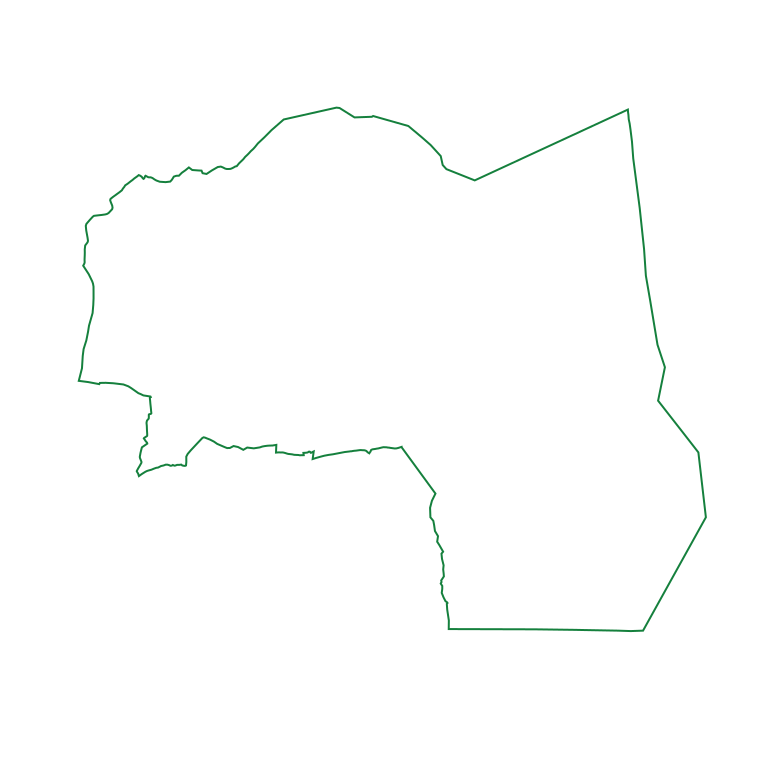 the district of San Jorge, Zacapa, Guatemala, rotated 262°
{"feature_id": "79465075B24520983200883", "entity_name": "San Jorge", "entity_type": "district", "adm_level": 2, "iso_a3": "GTM", "parent_name": "Guatemala", "parent_adm1": "Zacapa", "projection": "natural_earth1", "projection_center": [-89.603, 14.916], "detail": "fine", "context": "isolated", "style": "outline", "palette": "green", "viewbox_px": 768, "rotation_deg": 262, "n_neighbors": 0, "source": "geoboundaries", "source_scale": "gbopen_adm2", "svg_char_len": 4983}
<svg xmlns="http://www.w3.org/2000/svg" viewBox="0 0 768 768"><g transform="rotate(262 384 384)"><path d="M621.8,663.7L573.0,502.2L588.1,475.7L592.7,472.6L601.8,471.9L614.1,463.5L622.8,456.0L636.1,444.0L650.9,410.5L650.3,409.2L652.1,391.9L663.5,378.4L664.3,375.4L659.9,321.5L651.1,308.0L644.8,299.7L639.8,292.6L636.7,289.3L635.0,287.3L633.1,284.5L631.5,282.6L630.1,280.8L628.2,278.1L626.2,276.0L622.7,271.2L620.2,268.5L620.1,267.0L619.5,265.6L618.9,264.0L618.4,262.0L618.5,260.2L618.8,258.2L619.4,256.7L620.7,254.9L622.0,252.7L622.0,249.6L619.5,243.4L616.7,237.5L618.0,233.7L620.7,233.0L621.3,229.9L622.6,223.9L625.6,220.9L623.3,217.1L621.3,213.2L618.8,209.9L619.1,207.3L618.6,204.7L617.1,203.5L615.7,202.3L614.2,200.5L614.3,195.8L615.5,190.1L617.2,186.9L618.6,185.1L620.2,183.4L621.1,181.8L621.5,179.4L623.4,176.9L623.0,176.3L621.8,175.7L621.0,175.1L620.2,173.8L620.6,174.1L621.6,173.6L622.6,173.1L623.1,172.7L624.1,171.7L625.0,170.2L624.5,169.4L623.8,168.2L622.3,165.3L621.0,163.3L620.1,161.6L618.0,158.0L616.7,155.3L615.5,154.4L613.8,152.6L612.3,151.4L610.7,148.7L607.0,141.7L605.4,139.0L604.2,138.4L602.4,138.7L600.4,139.2L598.4,139.7L596.3,139.7L594.9,139.1L591.6,135.0L590.9,133.2L590.7,131.4L590.7,127.9L590.8,124.6L590.9,120.2L590.2,118.9L587.5,115.6L584.0,111.6L582.1,110.7L577.5,110.5L570.1,110.8L567.2,110.8L566.2,110.5L565.4,110.0L562.8,107.4L559.0,106.4L555.8,106.0L553.3,105.6L549.5,104.9L548.2,104.7L547.1,104.6L546.2,104.5L545.6,104.3L545.0,104.0L544.5,103.7L544.0,103.3L543.0,102.6L533.8,106.9L526.4,109.3L523.9,109.8L520.9,109.9L515.7,109.2L509.2,108.3L502.7,107.1L494.8,105.3L482.8,100.0L476.9,98.2L468.6,95.3L460.4,91.4L453.8,89.6L441.6,87.1L429.6,82.2L427.1,91.3L423.5,102.0L424.6,102.8L423.9,108.6L422.4,116.1L419.8,125.9L417.3,130.5L415.2,133.0L412.4,136.0L409.1,139.5L407.9,141.6L406.2,144.1L404.1,151.0L403.5,151.2L403.4,150.8L403.2,150.6L403.0,150.3L402.7,150.2L401.9,150.1L400.5,150.1L396.9,149.9L393.5,149.8L391.1,149.7L389.7,149.6L388.4,149.6L387.3,149.5L387.0,149.2L386.9,148.9L386.8,148.2L386.7,147.3L386.6,147.0L386.2,146.8L384.6,146.6L382.8,146.3L382.4,146.1L381.4,144.9L380.7,144.2L379.8,143.8L378.5,143.4L375.7,143.3L370.8,142.8L368.1,142.6L367.2,142.5L366.2,142.4L365.6,142.2L365.3,141.8L364.9,140.9L364.2,139.4L363.9,138.9L363.6,138.6L360.5,140.1L359.3,140.9L358.8,141.2L358.2,141.3L357.9,141.3L355.9,137.3L355.0,135.5L354.4,135.2L351.5,134.0L349.7,133.3L347.0,132.4L346.1,132.1L345.3,132.0L344.4,132.1L343.6,132.3L342.8,132.5L341.5,132.8L340.6,133.0L340.1,132.9L339.6,132.7L336.7,130.5L334.5,128.7L333.5,128.0L332.5,127.2L332.0,127.0L331.2,127.3L329.4,128.1L327.9,128.3L326.9,128.5L328.5,131.5L330.3,135.5L330.9,137.4L331.2,139.4L331.5,141.8L332.1,144.0L332.7,146.8L332.7,148.7L333.8,151.8L334.0,154.4L334.5,156.6L334.2,158.5L333.4,160.2L332.8,161.0L332.7,161.9L332.8,162.8L333.2,163.6L332.5,164.7L332.3,165.1L332.3,166.1L332.7,167.8L332.4,170.3L332.4,172.0L331.4,172.9L330.9,174.3L330.6,175.5L330.9,176.6L334.3,177.4L339.6,178.1L341.0,179.1L342.1,179.9L345.2,183.4L351.1,190.7L355.8,196.6L356.3,198.0L355.8,199.3L354.8,201.0L353.2,203.9L350.6,207.6L347.9,210.5L343.7,217.4L342.4,219.7L342.1,222.5L343.5,226.4L342.9,228.0L341.9,230.7L339.0,234.7L338.4,235.5L339.0,237.0L340.1,239.7L338.4,246.1L338.5,252.2L339.0,254.7L339.1,256.9L339.1,258.5L339.1,259.9L338.9,262.3L338.6,265.1L338.7,268.9L331.1,267.5L331.0,269.6L330.6,272.2L330.4,273.7L330.1,274.9L329.4,276.6L328.7,278.0L328.1,279.4L327.4,282.2L327.0,283.6L326.6,284.6L326.3,285.6L325.6,289.4L325.2,290.5L325.0,292.0L324.7,294.6L327.0,294.6L326.8,297.1L326.8,298.8L327.5,300.4L327.1,301.3L326.1,301.8L326.1,302.6L326.6,303.7L327.0,305.0L319.6,302.9L320.2,306.3L320.9,311.5L321.3,315.0L321.5,319.3L321.5,323.6L322.1,335.7L322.0,339.8L322.0,340.5L322.0,341.0L322.0,341.8L321.9,342.5L322.0,343.7L322.0,345.4L321.9,347.2L321.9,349.3L321.9,350.7L321.8,351.8L321.5,353.2L321.1,355.4L320.7,356.3L320.3,357.0L319.7,357.6L318.9,358.1L318.3,358.7L317.4,359.8L318.4,360.6L319.0,361.3L319.7,361.6L320.4,362.0L320.7,362.7L320.9,363.7L320.9,366.2L321.0,368.0L321.0,369.4L321.2,371.1L321.4,373.0L321.5,374.4L321.4,375.2L320.9,378.0L320.6,378.6L320.5,379.1L320.3,380.2L320.1,380.6L319.8,381.6L318.7,385.5L318.5,387.2L318.7,389.3L319.0,391.0L319.3,392.7L318.8,392.7L268.3,419.7L261.7,415.2L255.0,412.4L245.5,411.4L241.6,413.8L237.3,414.0L231.3,414.0L225.8,416.3L220.4,414.7L217.2,416.2L209.7,419.2L208.0,417.3L202.7,417.1L196.2,417.8L192.1,416.8L187.9,416.7L185.1,416.5L181.5,413.3L179.9,413.4L178.5,412.4L175.9,413.6L173.1,413.2L171.6,412.8L169.1,412.1L164.3,413.3L160.3,414.7L159.4,415.8L158.3,416.4L157.6,415.6L151.6,415.2L140.8,415.3L132.3,414.0L120.1,499.0L113.9,539.3L112.7,546.7L107.2,581.3L105.0,593.9L103.7,606.2L207.2,684.2L272.5,685.8L290.1,675.7L329.3,653.1L361.5,664.5L384.8,660.3L429.5,659.2L454.8,658.4L481.3,660.3L522.7,661.7L572.7,662.2L589.5,663.3L601.8,663.5L605.2,663.5L607.7,663.5L612.1,663.2L616.5,663.5L619.1,663.5L621.8,663.7Z" fill="none" stroke="#15803d" stroke-width="2"/></g></svg>